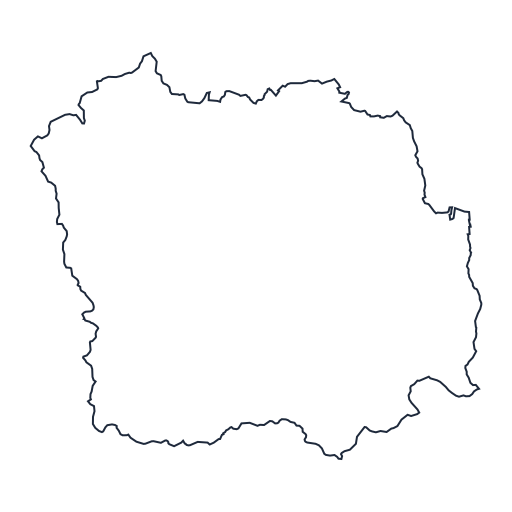 Vata De Jos, Hunedoara, Romania (Natural Earth projection)
{"feature_id": "2599482B15034378499440", "entity_name": "Vata De Jos", "entity_type": "district", "adm_level": 2, "iso_a3": "ROU", "parent_name": "Romania", "parent_adm1": "Hunedoara", "projection": "natural_earth1", "projection_center": [22.573, 46.166], "detail": "fine", "context": "isolated", "style": "outline", "palette": "slate", "viewbox_px": 512, "rotation_deg": 0, "n_neighbors": 0, "source": "geoboundaries", "source_scale": "gbopen_adm2", "svg_char_len": 5895}
<svg xmlns="http://www.w3.org/2000/svg" viewBox="0 0 512 512"><path d="M479.0,388.8L475.8,384.9L473.0,385.1L470.4,382.8L468.7,377.7L466.7,374.4L466.7,371.7L465.3,368.0L465.5,365.9L467.5,364.5L468.8,361.8L472.8,357.6L476.2,351.2L474.5,348.9L473.5,342.1L476.0,337.2L476.4,333.5L476.0,331.6L476.3,327.6L475.9,327.1L475.1,321.0L477.9,313.5L480.2,309.0L481.3,304.7L481.3,303.0L479.8,299.5L479.6,295.8L477.3,290.1L476.6,289.1L474.5,288.3L472.9,285.8L472.7,283.1L469.2,276.9L469.1,274.9L468.4,273.4L468.6,269.2L466.9,266.3L467.9,262.8L469.2,260.1L469.2,258.0L470.7,255.1L470.8,253.1L471.1,252.7L469.7,250.2L470.5,248.0L470.1,246.8L470.0,244.5L468.2,239.5L468.3,235.8L467.7,234.3L469.6,234.0L469.1,226.9L470.7,226.7L470.3,224.8L469.9,225.0L468.9,220.3L468.9,219.7L469.7,219.7L469.1,212.0L464.5,211.6L455.0,208.1L453.6,218.0L452.4,219.0L450.2,219.6L449.5,214.7L450.8,214.3L451.1,213.7L451.4,210.1L452.1,207.3L449.6,207.4L448.5,211.6L447.3,212.4L442.0,212.9L437.7,212.6L436.0,213.3L434.1,211.4L429.3,204.9L428.3,204.0L424.9,203.2L422.7,198.9L422.9,198.2L425.4,197.1L424.5,194.6L424.7,192.7L424.1,190.7L425.3,185.5L424.4,178.8L422.4,174.3L422.1,169.2L421.5,168.1L419.6,166.7L417.9,163.9L417.4,162.8L418.1,160.7L417.6,158.5L416.0,156.8L415.3,155.2L417.5,151.3L416.6,146.3L414.1,141.3L412.9,137.9L412.3,131.0L410.8,128.3L409.8,125.1L405.7,122.4L404.1,120.3L403.3,118.2L399.6,115.3L398.8,114.4L398.4,112.9L397.0,111.5L392.5,115.7L390.6,116.5L386.8,116.1L383.8,117.8L380.2,117.3L380.1,116.1L377.7,115.6L374.0,116.4L370.4,116.4L369.9,115.0L367.5,114.5L365.2,111.0L364.5,110.7L360.5,111.7L354.1,110.1L351.2,107.0L349.8,103.6L349.1,103.1L341.4,101.5L344.9,98.6L346.8,97.9L347.6,94.8L348.5,94.2L349.0,92.6L348.4,91.9L347.3,91.9L344.9,93.8L339.3,92.7L339.4,91.6L337.4,88.3L340.1,87.2L338.8,84.5L334.3,79.0L331.3,80.5L326.9,81.6L322.0,83.6L318.1,80.6L314.6,81.2L310.4,80.7L308.2,80.9L307.0,81.7L301.8,83.2L290.6,83.2L287.6,84.1L285.1,86.7L282.7,85.7L278.0,90.4L279.1,91.2L275.9,95.6L270.9,89.9L270.1,90.0L269.3,88.5L267.7,89.2L267.1,91.7L264.6,94.2L264.5,95.3L263.9,96.0L263.8,97.7L262.9,98.9L261.5,100.0L258.4,99.9L256.8,101.3L255.8,103.6L253.5,102.9L250.1,99.5L249.2,97.5L247.9,97.0L246.5,95.2L245.6,94.8L240.4,95.9L239.0,94.7L229.3,91.1L226.4,91.2L225.3,92.0L224.9,94.8L223.8,96.5L222.1,97.1L220.5,99.5L220.1,101.8L217.2,100.9L208.7,100.2L208.9,94.6L209.6,92.3L206.8,93.0L204.4,98.1L202.0,101.4L199.6,103.3L188.2,102.2L187.3,101.7L185.3,98.5L184.4,94.7L183.3,94.1L179.2,95.0L178.3,94.4L171.9,94.0L170.3,91.9L169.4,87.2L167.0,84.9L163.4,83.4L161.7,80.8L161.3,76.3L160.7,75.0L156.9,73.3L155.6,71.1L156.7,61.7L154.9,58.7L152.3,56.1L150.8,53.0L143.5,56.3L141.9,61.3L140.1,63.6L138.8,67.5L132.0,72.6L130.8,73.0L129.2,72.7L124.9,74.0L121.6,75.8L116.1,77.1L108.5,76.8L102.8,79.0L101.2,80.8L98.5,81.3L97.4,81.0L96.9,81.3L97.0,82.1L97.9,88.2L97.3,89.4L92.1,92.0L87.3,92.5L81.6,96.3L79.7,103.1L78.8,104.1L78.5,105.0L80.9,107.9L83.8,110.5L83.9,118.1L84.8,120.7L84.0,123.5L82.3,123.4L80.0,119.7L76.1,114.9L73.4,115.3L69.6,114.1L65.1,114.8L50.7,121.8L49.0,126.1L49.5,130.0L48.7,133.5L47.3,135.4L41.9,138.3L37.9,136.4L34.1,139.7L30.7,146.0L34.6,151.2L36.4,152.0L39.1,155.4L39.5,158.3L40.1,160.0L42.4,162.1L43.9,167.7L42.3,169.3L41.5,171.3L45.5,175.8L48.1,181.6L51.2,182.6L55.1,185.8L55.7,188.7L55.7,190.8L56.6,193.7L56.0,198.5L58.6,202.4L58.7,208.0L59.4,214.7L57.2,219.0L56.9,222.0L57.4,224.1L61.9,223.9L63.1,225.6L63.8,227.6L66.7,231.1L67.1,234.4L66.7,236.4L65.3,240.0L63.2,242.5L62.9,249.6L64.4,254.1L64.1,261.7L64.4,263.8L66.3,267.5L70.1,267.8L71.2,268.4L72.3,275.7L76.9,279.1L78.1,280.8L78.6,283.0L77.7,284.7L77.7,285.3L80.2,286.7L80.4,289.1L81.1,290.6L85.0,293.0L85.8,294.9L92.6,302.8L93.5,305.4L93.8,307.1L93.4,309.3L92.2,310.6L90.4,311.4L85.8,311.7L84.1,312.5L82.3,314.3L84.3,318.2L83.8,319.0L84.5,319.1L85.3,320.5L89.8,321.8L91.0,322.8L92.8,323.3L96.3,325.8L97.9,327.5L98.2,328.4L96.2,331.4L95.6,333.7L96.0,336.8L95.7,337.6L92.3,341.1L90.3,341.5L89.9,342.4L90.6,349.9L89.9,351.9L86.9,355.4L83.4,356.6L83.1,357.8L85.4,360.4L86.4,362.3L91.1,365.7L92.2,368.9L92.5,376.9L93.6,380.1L95.6,381.5L92.7,385.8L91.6,391.6L90.5,394.1L90.3,397.9L90.9,399.4L88.0,401.3L90.3,404.2L94.0,406.1L94.5,411.2L93.0,416.8L92.9,424.0L95.3,427.9L99.0,431.0L101.9,432.1L103.2,431.4L105.4,427.3L107.3,425.2L112.0,424.4L115.0,425.0L116.7,426.0L116.6,427.8L118.8,430.7L120.5,434.2L122.7,435.3L126.9,435.2L128.3,434.6L130.5,437.7L136.4,441.7L143.6,443.9L145.4,443.7L151.7,441.3L153.6,441.2L160.9,442.8L165.2,440.5L166.3,440.4L167.6,441.1L168.3,442.1L168.4,443.4L169.3,444.2L174.1,446.2L181.3,442.6L183.1,440.7L184.8,443.6L185.6,443.8L186.5,444.9L188.4,445.4L190.0,445.2L197.7,441.9L207.6,442.6L209.7,444.5L213.7,442.7L218.6,439.1L220.1,439.0L221.9,434.9L223.5,434.2L223.2,433.3L225.2,432.0L226.1,430.4L228.3,429.3L230.3,427.5L231.5,427.1L233.3,428.7L236.7,429.2L238.4,428.4L241.5,423.4L249.7,422.8L257.5,425.8L259.9,424.8L264.1,425.0L269.9,421.0L272.3,421.3L275.1,423.4L277.1,423.3L278.4,422.6L279.6,420.7L281.8,419.2L285.8,419.4L287.9,420.1L290.5,421.9L294.5,422.8L296.5,425.6L299.5,425.8L302.5,428.6L302.7,431.8L305.6,434.1L306.2,435.2L306.0,437.2L304.6,439.4L304.9,440.9L305.5,441.7L307.1,442.5L315.6,443.8L318.9,445.3L321.9,448.4L324.3,453.8L325.9,454.9L330.0,455.6L334.5,455.0L337.2,456.9L338.5,458.7L341.4,459.0L342.1,456.1L341.0,454.1L341.7,453.0L344.5,451.2L349.9,449.7L355.9,443.8L357.0,436.8L364.6,427.0L366.2,427.3L369.7,430.5L372.0,431.4L375.9,432.3L380.5,431.0L386.6,432.0L391.3,428.6L393.5,428.1L397.4,426.1L401.5,419.6L407.6,414.8L411.1,416.0L417.2,414.1L419.2,412.6L417.5,409.5L411.5,402.8L409.3,399.4L408.6,395.3L410.7,391.3L410.3,387.7L410.9,386.1L414.2,384.2L417.4,380.6L419.3,380.8L428.8,376.7L430.3,378.3L437.1,380.3L440.2,381.9L445.8,386.9L448.6,390.3L451.9,392.9L456.0,395.7L459.0,396.7L463.5,395.4L466.0,396.3L469.5,396.1L472.2,394.1L474.0,391.4L476.8,389.5L479.0,388.8Z" fill="none" stroke="#1e293b" stroke-width="2"/></svg>